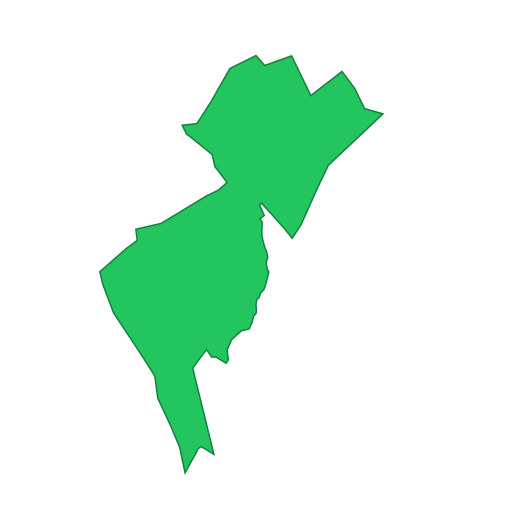 outline of Okaikwei North Municipal, Greater Accra, Ghana, rotated 167°
{"feature_id": "2480657B77934780741907", "entity_name": "Okaikwei North Municipal", "entity_type": "district", "adm_level": 2, "iso_a3": "GHA", "parent_name": "Ghana", "parent_adm1": "Greater Accra", "projection": "equal_earth", "projection_center": [-0.223, 5.629], "detail": "fine", "context": "isolated", "style": "filled", "palette": "green", "viewbox_px": 512, "rotation_deg": 167, "n_neighbors": 0, "source": "geoboundaries", "source_scale": "gbopen_adm2", "svg_char_len": 1387}
<svg xmlns="http://www.w3.org/2000/svg" viewBox="0 0 512 512"><g transform="rotate(167 256 256)"><path d="M216.8,265.1L205.2,276.2L180.3,309.1L165.1,328.1L101.2,365.4L100.3,365.9L117.1,375.2L122.0,396.7L130.7,416.5L166.5,400.0L176.3,443.0L204.7,439.7L210.9,451.3L239.2,444.6L265.1,416.5L283.7,398.3L298.5,400.0L296.2,390.2L293.1,386.8L275.9,364.7L275.9,352.2L267.6,334.2L278.0,328.6L290.4,325.8L341.2,309.1L360.9,309.1L367.1,309.1L368.2,298.0L380.6,292.5L411.7,275.8L411.7,263.3L407.6,232.7L388.9,182.7L381.6,161.8L383.7,139.6L377.5,110.4L373.4,86.8L373.9,60.7L365.5,70.1L358.1,78.2L356.4,80.9L352.6,82.7L349.4,79.9L341.6,72.1L342.9,161.1L325.3,175.9L321.9,167.5L317.8,166.6L309.2,158.2L306.2,161.2L305.4,170.7L298.6,180.0L287.2,186.4L279.3,186.4L275.8,190.8L275.1,191.6L271.7,198.2L269.2,199.6L268.7,200.7L268.1,201.8L267.4,204.6L267.1,208.0L265.4,212.6L264.5,213.7L262.3,214.9L261.1,216.8L260.0,218.7L256.0,221.5L253.6,224.9L247.1,237.5L247.4,238.8L247.8,239.5L248.0,241.4L247.5,247.4L246.8,248.9L244.9,251.8L244.7,253.1L244.7,257.9L245.5,263.0L245.6,265.1L245.8,269.7L245.6,274.7L245.0,277.3L244.5,279.9L242.5,286.9L242.5,288.1L243.8,291.3L242.6,291.9L238.8,293.6L241.0,304.6L238.4,306.2L236.2,301.6L230.2,291.1L229.1,288.9L228.5,287.7L227.9,286.7L227.2,285.4L224.4,280.3L223.5,278.9L222.8,277.7L219.8,271.4L216.8,265.1Z" fill="#22c55e" stroke="#15803d" stroke-width="1.5"/></g></svg>